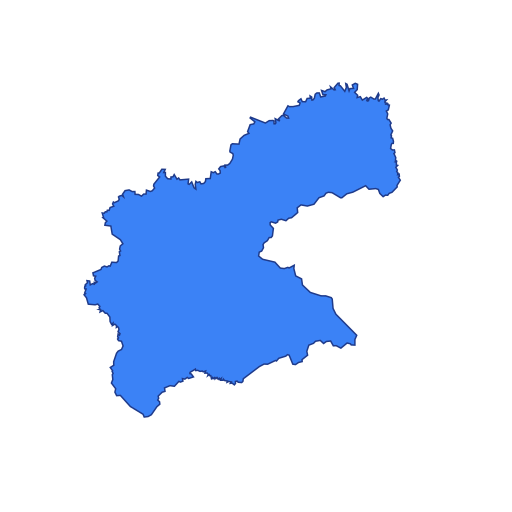 Baray, Kâmpóng Thum, Cambodia (Albers equal-area conic projection), rotated 332°
{"feature_id": "14789045B44673491264626", "entity_name": "Baray", "entity_type": "district", "adm_level": 2, "iso_a3": "KHM", "parent_name": "Cambodia", "parent_adm1": "Kâmpóng Thum", "projection": "albers", "projection_center": [105.123, 12.367], "detail": "fine", "context": "isolated", "style": "filled", "palette": "blue", "viewbox_px": 512, "rotation_deg": 332, "n_neighbors": 0, "source": "geoboundaries", "source_scale": "gbopen_adm2", "svg_char_len": 6104}
<svg xmlns="http://www.w3.org/2000/svg" viewBox="0 0 512 512"><g transform="rotate(332 256 256)"><path d="M185.5,360.6L187.2,358.4L207.1,355.2L212.4,355.2L215.5,357.0L224.1,357.4L224.8,358.3L228.1,357.0L235.3,358.4L237.5,357.9L238.7,359.1L237.7,368.8L239.9,370.4L243.6,370.0L247.2,370.9L248.0,369.1L255.0,367.8L256.1,364.0L260.8,359.5L265.8,360.1L268.5,359.2L273.1,360.7L274.6,365.0L278.0,364.5L282.0,366.1L282.1,371.6L284.7,372.8L287.7,377.2L295.6,375.6L298.2,377.9L298.3,379.2L301.5,381.1L304.1,376.2L307.7,373.3L299.2,344.9L299.4,338.5L303.1,329.8L302.9,328.1L298.9,324.0L294.7,321.7L286.8,313.6L283.4,303.4L285.5,297.6L281.7,292.2L283.5,284.9L285.4,282.1L279.6,282.1L278.8,281.0L275.1,280.4L271.8,278.1L269.8,270.3L260.3,262.0L258.3,257.2L260.7,254.1L263.3,254.3L266.5,252.2L267.6,249.2L269.4,248.2L273.2,247.8L276.3,245.9L278.0,246.8L279.9,246.0L284.3,239.8L283.1,235.2L284.1,233.2L285.5,233.0L288.7,236.2L291.1,236.1L292.4,234.6L295.7,235.5L299.0,238.9L302.6,238.0L305.4,238.9L313.2,237.2L315.0,232.8L319.7,232.0L324.8,236.0L331.5,237.5L339.0,234.1L344.3,234.9L347.3,233.4L349.8,233.7L352.9,235.8L358.0,244.3L359.2,244.9L365.4,243.7L371.5,245.1L385.8,245.4L387.1,250.1L393.4,252.7L395.3,254.7L394.7,258.9L396.1,263.3L398.8,263.0L400.8,264.2L403.0,263.2L406.0,263.6L413.1,261.3L413.6,259.9L419.0,256.8L418.7,253.3L420.0,253.0L420.6,251.5L419.5,250.9L420.5,250.5L419.7,249.9L420.4,248.8L419.8,247.6L421.2,246.4L421.1,243.3L423.6,242.5L422.6,241.6L424.0,239.1L423.2,238.3L424.7,238.2L424.1,236.9L425.6,234.7L425.9,230.2L427.2,230.0L428.0,227.3L426.2,226.4L425.3,224.3L427.8,221.1L428.9,220.4L430.1,221.0L431.2,219.3L431.9,216.2L430.8,215.1L432.1,213.4L431.9,212.4L435.4,209.7L435.1,206.6L436.0,203.1L437.7,202.1L437.4,197.9L436.2,197.2L436.2,195.8L439.0,192.4L439.1,189.2L441.4,189.1L444.6,185.4L443.4,184.3L443.8,183.7L442.2,183.0L443.3,182.5L441.9,181.3L442.1,180.4L444.4,179.5L443.1,179.1L443.2,176.7L441.1,176.9L440.1,175.6L437.3,177.0L436.9,176.3L437.9,173.5L440.2,171.6L440.4,169.8L435.1,173.4L433.8,172.8L431.9,169.6L430.2,169.7L428.2,171.7L427.0,171.4L426.9,170.5L428.6,169.5L428.2,167.9L423.1,168.3L422.9,164.3L419.7,163.6L421.2,161.8L419.9,157.8L423.5,156.6L426.3,152.1L424.7,150.1L421.3,150.2L420.8,153.8L417.5,152.3L415.7,153.9L417.0,147.1L416.2,145.9L414.9,149.6L411.7,152.3L410.4,145.4L409.4,144.5L410.6,142.4L409.5,141.9L404.1,144.0L404.0,146.4L402.9,146.0L401.2,141.7L400.8,143.6L396.7,142.7L394.1,143.3L391.6,140.6L390.8,144.9L393.4,146.4L392.3,147.3L387.8,146.0L388.4,141.7L386.2,140.6L384.2,141.0L381.6,144.1L379.4,145.0L378.5,144.5L379.8,141.8L378.9,140.1L378.1,142.2L375.1,140.9L372.2,143.1L369.3,141.4L369.5,138.3L366.4,138.8L365.4,139.5L366.8,141.6L364.9,143.3L358.9,141.5L355.6,139.8L354.7,138.4L346.9,143.5L349.9,147.5L349.5,149.6L347.7,148.5L346.3,144.8L344.7,144.2L340.0,145.6L340.5,147.1L339.9,147.5L337.4,143.8L336.1,147.8L334.9,148.3L334.0,147.7L335.3,145.3L334.6,144.3L331.2,142.7L326.7,143.0L316.4,130.9L315.6,131.4L318.0,137.0L316.1,138.3L312.5,137.3L307.0,142.2L307.3,144.4L302.2,143.9L296.9,145.2L293.5,149.2L287.8,145.8L286.1,146.1L282.2,151.0L281.9,152.0L283.6,154.7L283.2,156.4L280.7,159.4L276.3,162.0L273.6,162.4L271.3,161.2L270.9,163.4L270.2,163.4L270.1,161.4L266.7,160.4L264.0,161.6L264.4,163.8L263.4,166.0L261.2,166.0L260.0,165.2L259.6,162.4L257.4,162.4L256.0,160.6L252.0,166.1L248.0,164.2L246.3,166.5L243.9,167.4L241.3,166.5L241.2,164.1L238.6,163.5L238.0,161.9L236.0,164.2L234.3,168.7L233.3,166.7L234.0,160.4L230.6,161.4L229.9,160.4L232.6,156.5L224.6,153.1L224.3,150.8L222.3,151.1L222.0,145.7L219.9,147.1L218.0,146.3L217.0,148.1L214.3,146.3L213.5,143.0L215.2,139.7L213.7,139.0L216.5,136.9L213.6,135.2L209.6,137.3L208.5,136.8L207.0,138.8L208.0,141.0L199.6,144.6L198.4,146.1L198.4,148.4L195.0,149.7L193.1,149.5L190.2,146.4L188.0,149.7L185.9,148.6L183.0,149.4L181.1,146.5L178.2,144.8L179.3,142.2L176.9,141.0L175.0,138.1L171.1,136.8L167.2,138.8L166.8,141.5L166.0,139.5L163.4,139.0L162.3,139.3L161.9,141.7L160.2,142.7L155.9,142.4L155.4,141.4L153.8,142.7L153.8,145.3L149.9,144.7L147.8,146.8L146.2,145.8L145.0,147.0L143.7,146.2L142.1,147.0L140.4,145.8L139.5,150.3L138.8,150.2L140.7,155.2L138.6,155.9L137.0,157.9L141.9,161.4L139.3,169.2L143.9,177.9L144.2,182.7L140.9,183.4L138.8,185.9L138.8,188.0L137.3,188.1L136.1,191.7L134.7,191.5L131.9,195.7L129.8,196.3L125.8,193.8L122.5,196.5L121.6,195.6L119.3,195.7L117.4,193.7L114.4,193.7L112.8,195.1L104.1,194.3L103.2,197.2L105.0,198.6L103.1,199.9L102.5,202.0L103.6,204.3L100.8,204.7L101.5,203.9L100.8,203.3L99.9,204.9L98.7,203.7L96.1,203.7L97.4,200.0L95.2,198.4L94.7,200.5L91.8,201.2L91.6,202.4L90.8,202.2L89.6,203.8L89.4,204.7L90.5,205.4L87.3,208.3L87.8,209.2L86.0,209.5L86.7,213.3L85.3,219.8L91.1,223.6L93.7,224.1L94.5,227.2L93.3,227.9L93.3,229.7L92.3,229.5L93.6,230.7L92.1,232.2L95.1,232.3L96.0,235.7L97.6,236.7L98.3,241.3L96.4,245.4L96.4,248.5L98.2,248.1L96.7,250.0L99.4,249.9L100.2,252.0L99.2,253.5L100.6,253.4L101.0,254.6L100.5,256.5L98.6,258.1L99.5,260.7L98.3,261.8L97.6,260.2L95.9,262.4L96.2,263.8L94.8,264.3L94.9,266.2L97.2,268.1L96.4,273.0L93.4,275.4L89.6,275.3L87.2,276.4L80.7,282.5L79.1,285.7L75.0,286.0L75.5,290.0L74.8,290.3L74.7,292.6L73.4,293.3L71.6,297.8L68.7,300.3L69.8,307.3L67.5,310.0L67.4,313.9L70.8,315.4L74.4,329.9L82.0,342.7L81.7,345.7L85.4,347.1L89.1,347.0L97.8,342.5L101.5,341.7L102.4,339.4L101.6,337.0L103.3,335.9L103.8,333.8L109.2,332.2L112.1,332.8L113.3,329.5L119.2,330.1L122.8,332.7L129.1,330.5L130.0,331.8L132.7,332.2L133.5,329.7L135.4,331.3L138.3,330.9L139.0,332.5L144.0,333.4L143.5,329.8L142.4,328.8L143.1,327.8L149.4,327.4L148.9,328.8L150.9,329.6L152.4,331.6L154.6,332.4L155.0,333.5L157.5,333.9L155.9,335.4L158.0,336.5L158.2,338.2L157.3,339.0L159.1,338.7L159.0,340.0L159.9,340.4L159.1,343.4L160.6,342.9L160.5,344.2L162.2,343.9L162.0,345.3L163.5,344.6L164.1,346.0L164.7,345.3L165.3,347.5L166.3,346.9L166.4,348.1L167.7,347.8L166.4,349.1L168.5,350.2L169.4,349.4L169.7,351.1L172.1,353.0L171.2,353.9L173.0,354.0L175.1,355.6L173.6,356.4L175.2,357.0L176.4,359.6L178.1,358.9L178.9,357.1L180.6,357.6L181.0,359.1L183.9,361.0L185.5,360.6Z" fill="#3b82f6" stroke="#1e3a8a" stroke-width="1.5"/></g></svg>